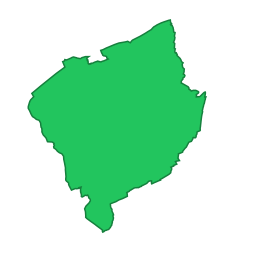 Priboieni, Arges, Romania (orthographic projection), rotated 338°
{"feature_id": "2599482B44265278220237", "entity_name": "Priboieni", "entity_type": "district", "adm_level": 2, "iso_a3": "ROU", "parent_name": "Romania", "parent_adm1": "Arges", "projection": "orthographic", "projection_center": [25.081, 44.876], "detail": "fine", "context": "isolated", "style": "filled", "palette": "green", "viewbox_px": 256, "rotation_deg": 338, "n_neighbors": 0, "source": "geoboundaries", "source_scale": "gbopen_adm2", "svg_char_len": 5680}
<svg xmlns="http://www.w3.org/2000/svg" viewBox="0 0 256 256"><g transform="rotate(338 128 128)"><path d="M192.9,157.5L193.9,157.4L193.9,157.2L194.3,156.7L194.8,155.3L195.6,154.0L196.5,152.3L197.2,151.0L198.0,149.5L198.8,148.0L199.7,146.4L200.6,144.8L201.6,143.2L202.6,141.8L203.3,140.8L203.4,139.7L204.2,138.7L205.1,137.3L206.1,136.1L206.9,134.8L208.0,133.7L208.8,132.5L209.5,131.4L210.4,130.4L211.2,129.0L211.9,128.4L211.7,128.3L210.8,127.9L211.9,126.3L212.8,124.7L213.1,123.8L213.1,123.6L212.2,123.5L211.6,123.7L211.3,123.8L211.0,123.9L207.4,125.4L206.2,125.8L204.8,125.3L203.0,124.7L203.7,123.5L203.9,122.5L204.6,122.4L206.2,122.0L207.0,121.2L206.7,120.4L206.2,119.8L205.5,119.1L205.0,118.5L203.7,118.0L202.5,117.5L201.3,117.5L200.5,117.4L200.3,116.6L199.8,115.7L199.5,115.6L199.0,114.8L199.2,114.1L199.5,113.9L199.2,112.3L194.5,106.4L194.3,106.4L194.5,105.7L194.7,104.9L195.2,104.3L195.9,104.0L196.3,103.6L197.1,103.4L197.4,102.7L197.7,102.2L198.6,102.0L199.2,101.9L199.9,101.3L200.4,100.7L200.3,100.3L200.3,99.7L199.8,99.1L199.5,98.7L200.3,97.8L201.1,96.8L201.8,95.2L202.3,94.4L201.4,92.3L202.1,89.2L203.5,88.2L202.6,86.8L202.5,85.7L202.6,84.6L202.3,82.9L200.7,79.3L200.7,78.5L201.1,78.3L200.9,76.3L200.7,76.3L200.1,76.3L199.9,75.6L200.1,74.5L200.5,73.9L200.8,73.0L201.5,72.4L200.9,71.3L203.0,67.1L202.3,65.6L204.2,63.7L205.4,61.7L205.4,60.6L205.8,59.6L206.8,58.2L207.4,57.1L206.3,56.2L207.1,53.6L207.1,53.0L207.4,51.9L207.3,49.6L206.6,49.1L207.1,48.7L206.4,47.8L207.5,47.4L207.0,46.1L207.7,43.7L206.1,43.4L202.7,43.2L201.3,43.1L198.3,43.0L197.9,43.0L194.7,43.2L193.3,43.3L192.9,43.4L191.6,43.7L190.2,43.8L188.8,44.3L186.4,45.5L182.5,46.1L179.9,46.6L177.2,47.0L173.6,47.5L171.1,47.7L165.2,48.2L164.5,48.4L162.0,49.8L160.2,47.5L158.3,47.3L151.4,45.8L146.9,45.6L139.7,45.7L137.8,45.7L134.2,46.0L131.8,45.8L131.7,48.5L131.9,49.7L131.9,51.1L132.5,52.0L133.4,52.5L134.4,53.2L134.7,53.6L134.9,54.2L134.6,54.9L134.7,55.5L135.0,56.0L135.4,56.6L130.6,56.7L129.7,56.6L129.2,56.5L127.8,56.6L126.8,56.1L125.7,55.4L125.8,55.2L124.6,54.5L124.3,54.8L122.5,54.5L121.2,54.5L120.4,54.6L119.3,54.6L117.9,54.5L118.0,54.2L116.6,54.1L116.5,54.5L115.7,54.2L115.5,53.9L115.3,53.3L115.3,52.9L115.4,52.6L115.8,52.0L115.9,51.4L115.5,50.5L116.1,50.4L116.3,50.0L115.7,48.8L115.7,48.3L116.1,47.9L117.4,47.3L118.3,47.1L115.4,45.9L113.2,45.7L111.7,45.5L110.9,45.7L110.1,45.9L109.4,45.6L107.0,44.1L106.6,43.6L105.2,42.6L104.2,41.8L102.8,41.6L101.1,41.8L97.7,41.9L96.3,41.8L95.1,40.9L94.7,41.4L94.2,42.0L92.3,42.0L92.3,47.9L82.1,50.5L63.2,56.2L51.8,59.9L52.3,63.7L48.4,65.4L47.1,66.4L46.2,67.4L43.6,70.7L43.2,71.6L42.9,72.4L42.9,72.8L43.0,73.3L43.2,74.7L43.3,76.5L43.3,78.0L43.4,79.3L43.4,79.5L43.5,80.0L43.6,80.9L43.8,81.7L43.9,81.9L44.2,82.3L45.1,83.5L45.4,84.0L45.9,85.1L46.4,85.8L48.3,87.4L48.5,87.7L48.6,88.9L48.7,89.2L48.8,90.3L48.7,91.2L48.3,92.3L47.7,94.8L47.9,95.4L47.9,96.4L47.8,96.5L47.3,98.1L46.7,99.4L46.8,102.3L47.0,103.3L47.5,104.3L48.3,106.8L48.2,110.5L48.4,110.7L51.9,112.3L52.7,112.9L53.7,114.6L53.1,115.2L53.1,116.8L52.2,117.2L51.8,118.7L52.8,120.2L53.5,121.7L53.8,123.0L55.1,125.2L57.0,127.1L57.2,128.0L57.7,130.0L56.7,133.0L56.2,136.0L55.1,141.5L54.3,143.3L53.0,147.6L52.3,149.8L51.8,150.8L51.3,151.7L50.9,152.7L50.8,153.4L51.1,154.3L52.2,156.3L52.2,157.1L51.8,158.2L51.8,159.5L52.3,164.4L54.8,164.4L54.6,164.4L55.8,164.4L56.4,164.4L56.8,164.6L57.7,165.1L60.0,165.6L60.1,164.9L62.4,165.2L61.2,166.7L60.9,167.3L60.1,169.6L59.8,172.6L59.1,174.0L59.6,174.8L61.4,174.7L62.8,174.3L63.5,174.5L64.2,175.1L65.5,175.1L65.7,177.2L65.4,178.0L66.0,179.1L66.2,180.3L65.8,181.4L63.8,182.9L59.7,184.7L57.5,186.7L57.2,189.7L56.0,193.4L55.3,195.0L56.0,196.6L58.2,200.2L61.4,205.2L62.1,206.5L64.5,210.4L66.1,213.1L65.9,213.2L65.8,213.8L65.5,214.4L65.6,215.1L67.0,215.0L67.6,214.7L67.9,214.5L69.0,214.6L69.4,214.7L70.2,214.7L70.7,214.6L71.2,214.7L71.9,214.8L73.0,214.4L73.6,213.9L74.3,213.7L74.8,213.2L75.6,212.5L76.4,212.1L76.7,211.6L77.2,210.8L77.5,210.4L78.0,210.0L78.1,209.3L78.5,208.7L79.5,207.9L80.1,207.0L80.4,206.7L80.9,205.7L80.9,204.9L81.2,203.9L81.4,203.3L82.0,203.2L82.1,202.7L82.1,202.1L82.1,200.7L82.0,199.9L82.0,198.8L82.3,198.3L82.6,197.7L82.5,196.8L82.6,196.6L82.2,195.6L82.4,194.3L82.7,193.6L82.8,192.9L82.9,192.4L83.3,191.7L86.6,191.7L89.1,191.8L89.9,191.7L92.5,191.3L96.5,191.4L101.8,191.1L102.6,188.7L102.7,187.4L103.9,187.3L105.2,187.2L105.5,187.1L105.9,186.9L106.3,186.7L106.8,186.5L107.0,186.5L107.3,186.6L107.6,186.6L108.6,186.3L109.2,186.3L110.7,186.0L111.8,186.0L112.3,186.1L113.6,186.6L114.2,186.7L115.2,187.2L116.1,187.2L116.7,187.0L117.2,187.1L117.7,186.9L118.1,187.1L118.8,187.1L119.3,186.6L121.0,186.7L122.3,186.5L123.6,186.5L125.1,186.2L126.7,185.4L127.3,185.2L127.6,185.2L128.8,185.4L129.6,185.6L129.8,185.7L130.0,185.8L130.1,186.0L129.6,186.6L129.3,187.4L129.1,188.0L129.1,188.7L129.3,188.7L130.7,188.6L132.3,188.5L132.9,188.5L134.4,188.5L136.6,188.4L138.6,188.5L138.5,187.8L140.4,187.6L142.3,187.3L143.5,187.1L146.2,186.7L146.8,186.6L148.6,186.3L150.8,185.5L152.0,183.5L152.6,183.2L152.9,182.8L153.4,181.6L153.3,180.9L153.2,180.7L153.1,180.4L156.1,180.4L156.2,179.8L159.7,179.8L159.4,176.9L160.3,176.9L161.4,177.1L163.5,177.5L163.0,174.8L164.1,172.8L164.9,171.6L164.9,171.3L165.0,171.1L165.1,170.8L166.3,170.8L167.1,170.9L168.4,170.9L168.8,170.9L169.5,170.8L169.5,170.7L170.4,169.8L170.6,169.7L172.2,168.8L173.5,168.1L175.0,167.5L177.1,165.6L177.7,165.2L178.2,164.7L178.8,164.2L179.0,164.1L179.9,163.9L180.8,164.1L181.8,164.1L183.1,163.1L184.0,162.4L184.8,161.3L185.3,161.4L186.2,162.1L186.7,162.3L187.3,162.1L187.9,161.6L188.2,160.6L189.6,159.4L189.9,158.9L190.2,158.1L190.3,157.8L190.8,157.5L192.9,157.5Z" fill="#22c55e" stroke="#15803d" stroke-width="1.5"/></g></svg>